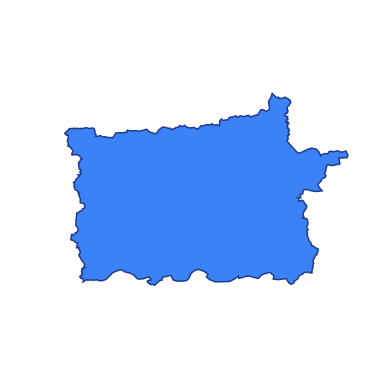 the district of Minbu, Magway, Myanmar, rotated 108°
{"feature_id": "60261553B50567728635340", "entity_name": "Minbu", "entity_type": "district", "adm_level": 2, "iso_a3": "MMR", "parent_name": "Myanmar", "parent_adm1": "Magway", "projection": "orthographic", "projection_center": [94.405, 20.347], "detail": "fine", "context": "isolated", "style": "filled", "palette": "blue", "viewbox_px": 384, "rotation_deg": 108, "n_neighbors": 0, "source": "geoboundaries", "source_scale": "gbopen_adm2", "svg_char_len": 5987}
<svg xmlns="http://www.w3.org/2000/svg" viewBox="0 0 384 384"><g transform="rotate(108 192 192)"><path d="M79.7,126.5L76.2,125.8L74.4,127.0L74.4,128.1L73.5,129.7L73.5,131.8L73.1,133.2L74.2,133.6L76.2,137.7L75.0,139.2L75.9,139.9L76.1,140.8L73.4,146.2L77.7,146.2L82.4,147.2L88.6,144.0L90.0,144.3L92.3,146.0L91.8,150.3L92.7,152.0L98.3,153.2L98.8,154.6L102.1,159.0L102.4,160.7L101.5,161.9L102.5,163.2L102.8,164.3L103.9,164.9L104.2,165.5L104.6,169.8L106.4,170.5L106.7,171.5L106.2,172.5L106.3,174.3L108.5,177.0L108.7,178.6L110.0,179.5L112.5,180.5L113.0,182.1L114.2,184.2L114.3,185.2L113.4,186.5L115.9,187.6L120.7,186.3L120.3,188.4L120.6,189.6L121.5,190.5L121.1,194.4L121.8,194.5L122.4,195.4L123.6,199.4L125.9,201.9L125.9,203.7L129.9,205.6L130.2,206.6L130.7,206.9L129.9,209.7L132.0,214.6L131.7,218.1L130.9,219.8L132.0,220.4L133.2,222.5L132.4,223.9L135.2,225.7L135.8,227.7L137.2,227.7L137.8,229.5L139.2,230.8L138.2,231.9L138.3,233.3L138.7,233.9L138.9,238.8L139.6,240.3L143.7,243.1L145.5,243.1L147.9,244.7L148.0,251.2L146.4,254.3L147.0,255.8L148.5,257.6L150.9,261.9L150.8,264.3L151.2,264.7L153.0,269.8L153.1,272.6L155.0,272.6L157.6,276.9L157.6,278.5L159.5,282.8L162.2,283.3L165.2,284.4L165.3,286.0L166.4,289.9L166.2,291.5L167.3,294.0L166.6,296.7L168.5,299.3L168.7,300.8L167.3,300.9L166.8,301.2L166.4,302.3L163.7,303.3L161.9,304.9L161.9,306.5L163.4,309.3L163.4,311.3L164.2,313.9L165.5,315.4L165.8,317.4L166.7,317.8L166.6,320.3L167.6,321.0L167.3,322.4L168.0,323.4L168.0,324.5L168.6,325.2L169.3,327.6L170.2,328.5L170.6,328.1L173.0,330.1L174.0,330.1L175.1,331.0L175.9,331.0L175.9,329.9L176.6,329.3L176.7,328.7L176.1,327.4L177.9,326.6L181.8,326.3L182.7,326.0L183.9,324.6L186.7,324.2L186.3,322.9L187.0,322.3L187.3,320.8L188.2,320.3L188.7,318.3L189.3,317.8L192.6,318.1L193.8,317.8L193.8,317.1L191.8,313.4L192.2,313.1L192.2,310.6L193.2,309.0L193.8,308.6L194.2,307.0L194.7,306.9L194.7,307.3L195.8,308.0L198.7,308.2L198.4,308.5L198.6,308.9L200.4,308.6L205.0,306.3L205.4,305.1L205.1,304.5L206.0,304.2L208.1,304.8L208.3,303.6L209.1,302.9L210.1,303.8L210.9,305.7L211.7,304.2L212.7,304.9L214.2,305.2L215.2,306.1L216.1,306.0L218.4,306.7L219.7,307.7L220.6,306.0L222.1,306.4L225.2,304.5L226.1,303.3L226.4,301.0L227.6,300.2L227.4,299.0L229.3,299.2L233.1,296.0L236.6,295.1L236.8,294.2L236.3,290.9L236.9,290.7L237.4,290.0L238.5,290.0L239.6,289.1L240.1,289.1L241.9,290.9L243.1,290.5L245.1,292.9L246.7,293.4L247.7,295.2L252.3,293.9L254.4,293.9L255.1,293.3L259.9,292.1L260.6,290.7L262.0,289.2L263.7,288.3L266.2,289.2L266.5,290.0L269.3,291.3L269.4,293.1L270.2,293.5L271.6,292.9L273.5,292.9L274.6,292.4L275.0,291.6L274.6,290.2L275.0,288.8L275.9,287.4L275.9,285.0L280.4,284.7L280.7,284.5L280.6,283.8L280.0,283.5L279.7,282.3L281.4,281.9L282.3,280.7L284.3,279.3L285.0,279.9L286.8,280.1L288.4,279.0L289.0,277.7L291.2,275.7L293.3,272.1L296.5,271.3L296.6,271.7L296.9,271.6L297.0,271.0L297.2,271.5L297.7,271.3L298.2,271.8L298.3,272.6L298.8,272.6L298.9,273.0L299.8,272.6L299.9,272.0L300.8,272.0L301.1,272.6L303.3,271.8L303.6,270.9L305.5,271.3L305.7,272.0L307.2,272.5L307.2,271.9L307.8,271.8L307.9,270.8L308.3,270.8L308.2,269.0L310.3,267.6L310.9,267.7L308.0,265.2L308.2,264.4L306.9,261.1L306.6,259.3L304.8,254.8L305.1,252.9L303.8,249.5L301.7,246.8L293.0,242.3L287.9,236.0L288.0,233.6L288.7,231.9L288.3,225.1L288.9,223.1L288.9,221.9L291.3,217.7L291.2,214.7L290.0,213.2L290.0,212.2L286.4,207.2L286.5,206.0L288.1,203.9L288.5,204.0L290.0,206.9L290.5,207.0L291.7,206.1L292.9,202.6L292.1,201.3L292.1,198.7L286.3,195.4L285.1,193.3L284.3,193.8L283.0,193.7L281.8,192.9L278.3,187.3L278.1,186.0L281.6,182.5L281.2,177.9L278.6,170.9L277.2,169.3L276.3,168.8L274.4,168.2L270.7,167.9L268.8,167.2L265.7,165.1L263.6,162.2L263.7,156.3L265.2,151.4L266.6,151.5L268.0,152.2L269.0,150.7L270.0,147.0L270.2,141.8L265.4,128.4L261.0,124.2L257.7,122.0L259.6,120.9L257.2,116.7L255.9,115.4L254.3,111.7L253.8,102.5L253.1,101.8L250.3,100.8L249.2,99.8L247.8,98.4L244.4,93.3L244.4,92.2L245.2,91.3L246.0,88.8L246.9,88.2L249.7,87.8L248.8,83.2L245.4,75.7L245.3,74.9L247.0,74.0L247.3,73.1L248.7,71.6L249.1,69.3L247.9,67.7L246.5,66.9L244.8,66.9L241.8,64.5L240.3,64.8L237.8,63.7L235.9,61.4L233.9,60.5L233.4,59.7L232.8,57.2L232.0,56.6L232.5,54.6L232.0,53.5L231.6,53.4L231.7,53.0L229.1,53.7L226.4,53.7L223.0,54.4L222.2,54.2L221.6,55.0L218.4,56.0L217.3,55.1L214.3,55.0L213.1,53.9L207.9,54.1L207.1,54.5L207.0,57.4L205.9,59.6L206.2,61.0L205.0,62.3L203.1,63.7L202.4,65.7L199.6,67.3L198.5,68.9L195.4,69.4L193.8,70.9L192.4,69.9L191.9,70.0L191.0,71.5L189.1,72.1L186.7,71.7L182.6,73.8L181.9,74.9L182.7,78.6L182.3,78.6L181.4,77.8L179.5,79.3L176.8,79.7L173.7,78.7L171.4,78.3L169.9,78.5L169.3,79.2L169.1,80.2L168.4,80.5L168.4,81.2L166.2,83.1L165.9,84.7L167.7,87.9L165.0,88.3L164.8,89.2L163.9,86.8L163.1,87.5L162.2,87.5L160.8,88.3L159.5,86.1L156.1,86.8L155.0,85.6L154.1,83.4L154.0,79.3L153.5,75.8L152.7,72.8L150.6,68.6L149.5,70.9L147.8,72.7L147.3,73.9L146.3,74.6L145.6,74.6L141.6,72.5L139.5,72.5L136.7,69.8L135.3,69.7L134.4,70.2L133.7,71.9L131.2,71.2L129.6,71.7L125.1,71.8L123.9,71.2L124.1,69.1L122.9,65.2L122.0,64.8L120.2,60.4L119.5,60.1L118.2,60.7L114.2,63.0L113.6,60.3L112.9,59.5L111.4,55.1L109.0,55.0L105.5,58.2L107.7,61.6L108.1,64.4L107.8,65.8L108.0,66.6L109.0,67.9L110.4,70.9L110.3,72.4L111.2,74.1L113.7,74.6L114.4,77.5L116.6,80.4L118.0,80.8L114.8,83.5L112.8,87.1L113.2,91.4L115.2,94.7L121.2,100.9L122.1,102.9L121.8,104.1L117.1,112.8L114.0,117.5L112.9,117.4L111.9,116.8L111.2,117.7L110.3,117.6L108.8,118.4L107.7,117.3L106.9,117.2L106.8,118.2L106.4,118.6L104.9,118.8L103.9,118.3L102.6,118.8L102.1,119.8L101.6,120.0L101.4,119.4L101.8,121.0L100.6,121.3L100.5,121.8L98.7,122.1L98.7,121.6L97.8,122.1L97.6,121.8L96.8,122.4L96.6,121.7L96.4,122.2L95.4,122.7L95.8,123.7L95.9,123.4L96.4,124.2L95.0,124.5L93.1,123.3L92.9,124.0L91.9,124.1L91.4,124.9L90.8,124.6L91.1,126.5L90.4,126.6L90.3,127.3L89.0,128.0L88.1,126.7L88.2,126.3L86.8,125.6L86.0,125.9L85.6,125.7L84.9,126.4L84.0,126.5L83.7,126.8L83.9,127.4L81.4,127.6L79.7,126.5Z" fill="#3b82f6" stroke="#1e3a8a" stroke-width="1.5"/></g></svg>